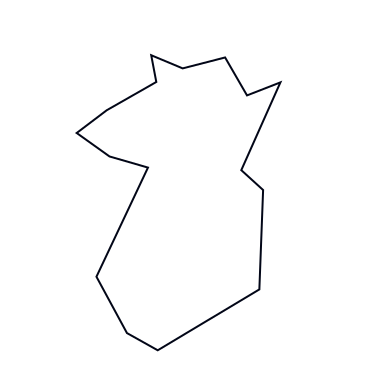 map outline of Al Wusţá (Mercator projection), rotated 254°
{"feature_id": "BHR-4928", "entity_name": "Al Wusţá", "entity_type": "Governorate", "adm_level": 1, "iso_a3": "BHR", "parent_name": "Bahrain", "parent_adm1": "", "projection": "mercator", "projection_center": [50.59, 26.145], "detail": "fine", "context": "isolated", "style": "outline", "palette": "ink", "viewbox_px": 384, "rotation_deg": 254, "n_neighbors": 0, "source": "natural_earth", "source_scale": "10m", "svg_char_len": 363}
<svg xmlns="http://www.w3.org/2000/svg" viewBox="0 0 384 384"><g transform="rotate(254 192 192)"><path d="M136.9,76.8L227.6,156.4L248.9,122.5L280.5,97.4L294.1,132.6L307.6,188.0L334.7,190.5L313.4,217.1L312.2,260.9L269.7,271.5L273.0,307.2L199.4,245.4L174.3,260.9L79.8,229.9L49.3,115.4L74.3,90.6L136.9,76.8Z" fill="none" stroke="#020617" stroke-width="2"/></g></svg>